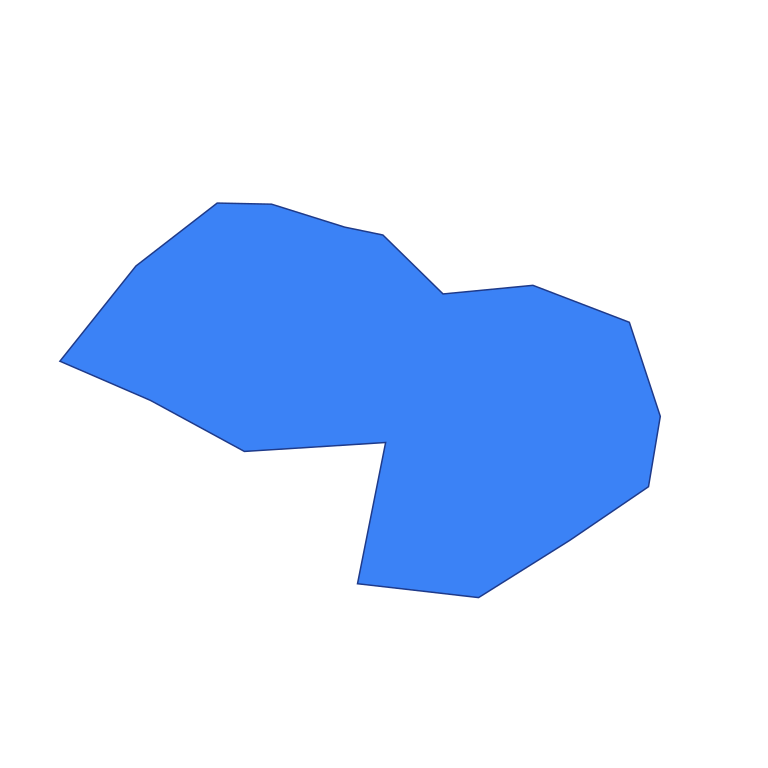 SVG path tracing the border of Domagnano, rotated 227°
{"feature_id": "SMR-4887", "entity_name": "Domagnano", "entity_type": "state/province", "adm_level": 1, "iso_a3": "SMR", "parent_name": "San Marino", "parent_adm1": "", "projection": "equal_earth", "projection_center": [12.471, 43.949], "detail": "fine", "context": "isolated", "style": "filled", "palette": "blue", "viewbox_px": 768, "rotation_deg": 227, "n_neighbors": 0, "source": "natural_earth", "source_scale": "10m", "svg_char_len": 387}
<svg xmlns="http://www.w3.org/2000/svg" viewBox="0 0 768 768"><g transform="rotate(227 384 384)"><path d="M621.7,162.5L639.5,283.1L630.1,385.4L592.2,424.4L525.6,462.2L493.7,484.8L409.6,488.6L354.6,560.2L261.8,605.5L171.9,564.0L128.5,507.4L143.0,413.1L163.3,307.5L256.0,228.4L340.1,345.3L429.9,235.9L531.3,202.0L621.7,162.5Z" fill="#3b82f6" stroke="#1e3a8a" stroke-width="1.5"/></g></svg>